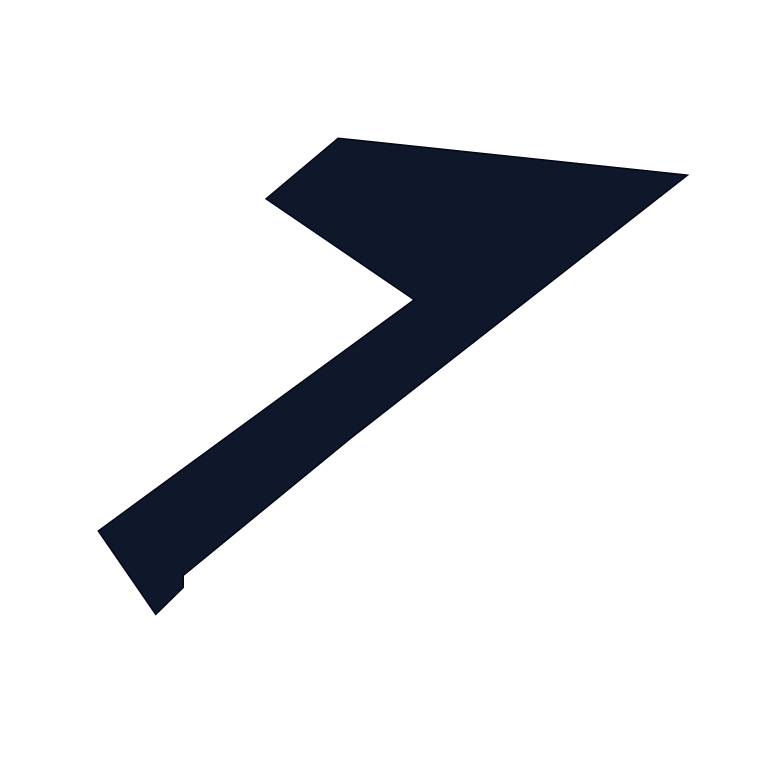 the district of Manassas Park, Virginia, United States of America, rotated 286°
{"feature_id": "52423323B92957530316980", "entity_name": "Manassas Park", "entity_type": "district", "adm_level": 2, "iso_a3": "USA", "parent_name": "United States of America", "parent_adm1": "Virginia", "projection": "robinson", "projection_center": [-77.456, 38.771], "detail": "fine", "context": "isolated", "style": "filled", "palette": "ink", "viewbox_px": 768, "rotation_deg": 286, "n_neighbors": 0, "source": "geoboundaries", "source_scale": "gbopen_adm2", "svg_char_len": 290}
<svg xmlns="http://www.w3.org/2000/svg" viewBox="0 0 768 768"><g transform="rotate(286 384 384)"><path d="M321.7,366.2L668.4,618.1L607.6,272.2L529.5,219.6L473.3,389.8L164.0,149.9L99.6,228.1L133.1,247.1L144.7,243.8L321.7,366.2Z" fill="#0f172a" stroke="#020617" stroke-width="1.5"/></g></svg>